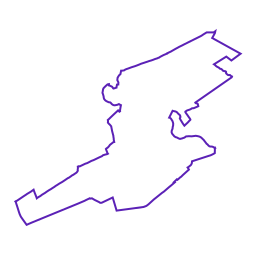 Gradinari, Giurgiu, Romania
{"feature_id": "2599482B26302883103765", "entity_name": "Gradinari", "entity_type": "district", "adm_level": 2, "iso_a3": "ROU", "parent_name": "Romania", "parent_adm1": "Giurgiu", "projection": "albers", "projection_center": [25.804, 44.394], "detail": "fine", "context": "isolated", "style": "outline", "palette": "violet", "viewbox_px": 256, "rotation_deg": 0, "n_neighbors": 0, "source": "geoboundaries", "source_scale": "gbopen_adm2", "svg_char_len": 5778}
<svg xmlns="http://www.w3.org/2000/svg" viewBox="0 0 256 256"><path d="M26.6,224.8L31.7,222.6L48.5,215.7L77.8,203.7L84.6,200.8L85.9,200.1L89.7,198.3L89.9,198.6L90.9,198.6L91.9,198.3L92.9,198.9L94.6,199.9L99.1,202.1L99.7,202.5L100.2,202.8L101.2,202.8L101.8,202.7L112.7,197.5L116.6,210.6L143.4,207.0L146.4,205.9L148.4,204.4L153.9,199.4L155.8,197.9L162.0,192.9L163.9,191.6L169.9,186.4L170.0,186.4L174.6,182.5L173.9,182.2L174.9,181.2L176.9,179.3L177.4,179.8L178.2,179.2L179.7,177.8L180.4,177.2L181.1,176.8L182.9,175.0L188.9,169.6L188.3,168.5L187.6,167.5L188.6,166.9L190.2,165.6L190.8,165.1L191.1,164.7L191.3,164.3L191.6,163.8L191.8,163.2L191.9,162.7L191.9,162.3L192.0,161.7L192.0,161.3L208.3,156.0L210.6,155.3L212.5,154.4L214.0,153.6L214.8,153.1L214.9,147.7L215.0,147.7L214.9,147.5L214.3,147.7L213.9,147.5L213.2,147.0L212.5,146.7L211.1,146.5L210.2,146.5L209.4,146.3L208.4,145.5L207.4,144.3L206.7,143.9L205.5,142.3L204.1,140.5L203.7,139.9L203.1,139.4L202.5,138.8L201.8,138.1L200.7,137.2L199.5,136.6L198.0,136.2L196.9,136.0L195.8,135.8L191.9,136.3L191.2,136.3L188.8,136.2L187.8,136.3L187.1,136.3L186.4,136.4L185.7,136.6L185.2,137.1L184.2,137.7L182.9,138.1L181.9,138.5L180.7,138.7L180.3,138.9L179.9,138.9L178.6,138.4L176.9,137.5L176.6,137.4L176.0,137.2L175.7,137.2L174.3,136.3L173.5,135.3L172.7,134.4L172.3,133.9L171.9,133.1L171.6,132.3L171.7,130.9L171.9,130.2L172.3,129.4L172.6,128.3L172.7,127.0L173.1,125.6L173.2,123.5L172.9,122.3L172.3,120.7L171.7,119.9L171.3,119.2L170.8,118.5L170.2,118.0L169.8,117.7L169.2,117.6L172.6,110.8L173.2,111.0L174.2,111.2L175.6,111.5L176.2,111.8L176.5,112.0L176.9,112.2L177.2,112.5L177.5,112.9L178.0,113.5L178.4,113.8L178.8,114.2L179.7,115.0L180.1,115.4L180.2,115.9L180.3,116.2L180.2,116.4L180.3,116.7L180.4,116.9L180.4,117.1L180.3,117.4L180.0,117.9L179.9,118.1L179.8,118.3L179.9,118.6L180.5,119.7L181.3,121.0L182.4,122.8L183.0,123.8L183.2,124.0L183.4,124.3L183.6,124.6L184.0,125.2L184.4,125.7L186.6,123.6L187.6,122.7L188.1,122.1L188.4,121.9L189.0,121.1L190.1,120.1L190.3,119.9L190.4,119.7L190.1,118.9L188.8,117.1L187.0,114.5L186.4,113.7L186.1,113.3L185.3,112.0L185.3,111.8L185.4,111.7L185.5,111.5L186.0,111.2L186.3,111.0L186.7,110.7L187.0,110.5L187.6,110.3L188.1,110.1L189.1,109.8L190.2,109.4L191.1,108.9L192.0,108.3L193.7,108.2L197.0,106.8L198.3,106.2L198.2,105.7L198.0,104.8L197.9,104.4L197.6,103.7L197.3,103.6L196.7,103.4L196.2,103.3L195.9,103.2L195.7,103.1L195.4,102.8L195.3,102.6L196.6,101.7L231.7,77.3L232.0,76.5L231.0,76.0L229.9,75.0L228.8,75.1L228.0,75.0L226.6,73.9L226.0,73.0L226.1,72.2L226.1,71.9L225.9,71.6L225.5,71.3L224.7,71.1L224.4,71.2L223.8,71.0L222.8,70.6L222.5,70.1L221.6,69.2L221.0,68.9L220.3,68.8L219.8,68.6L218.9,67.7L218.2,67.3L217.7,67.1L216.8,66.6L216.0,66.0L215.0,65.0L214.0,64.3L226.3,56.6L231.4,60.5L240.6,53.7L212.2,38.0L214.9,33.1L215.3,31.2L213.7,32.4L209.3,32.4L206.7,32.4L206.0,32.8L205.2,33.3L203.4,34.4L202.4,35.1L201.8,35.5L200.6,36.2L190.7,41.1L183.3,44.8L182.6,45.2L179.1,46.9L177.7,47.7L176.2,48.5L175.8,48.7L173.9,49.8L171.8,51.0L170.8,51.6L168.6,52.6L167.9,53.0L167.6,53.3L167.3,53.5L167.1,53.3L166.9,53.4L166.6,53.7L166.1,54.0L163.7,55.0L162.7,55.5L160.6,56.6L159.9,57.0L159.1,57.6L158.8,57.7L158.3,57.8L157.4,58.3L156.7,58.5L155.8,58.8L155.1,59.0L152.6,60.0L151.9,60.2L151.7,60.3L151.1,60.5L150.0,60.8L148.4,61.3L147.7,61.6L147.0,61.8L146.4,62.0L144.0,62.8L140.9,63.8L139.6,64.4L136.8,65.5L135.2,66.1L131.7,67.2L127.9,68.6L126.4,69.1L125.7,69.4L125.0,69.7L124.3,70.3L123.9,70.4L122.6,70.6L121.9,70.7L121.1,70.7L120.7,72.7L120.4,74.2L119.0,75.4L117.6,77.7L117.3,80.1L118.1,81.8L118.4,82.4L118.3,84.5L117.0,84.6L116.6,86.5L116.5,87.6L115.7,87.8L114.8,88.2L113.6,88.5L113.4,88.5L113.1,88.2L112.7,87.5L112.2,86.9L111.5,86.4L110.4,86.0L109.6,85.5L108.9,85.4L108.9,84.1L107.5,84.4L105.6,86.1L103.6,88.1L103.5,88.3L103.4,88.6L103.1,89.1L102.6,92.2L102.5,92.5L102.5,93.0L102.8,93.7L103.0,94.2L103.4,95.7L103.6,96.3L103.7,97.4L103.8,97.9L103.9,98.3L104.1,98.9L104.4,99.3L105.1,100.2L105.5,100.5L105.9,100.8L106.3,101.1L108.6,102.2L109.2,102.3L110.1,102.4L110.4,102.5L110.6,102.7L111.4,103.6L111.8,104.1L112.7,104.7L113.2,105.0L113.5,105.1L114.5,105.3L115.3,105.2L115.9,105.1L116.3,105.0L117.3,104.8L117.7,104.7L118.5,104.2L118.8,104.1L119.0,104.1L119.8,104.7L120.0,104.7L120.3,104.9L120.6,105.1L120.7,105.3L120.9,105.3L120.7,106.3L120.5,107.3L120.0,110.5L120.1,111.2L119.4,111.7L118.1,110.4L117.8,110.7L116.9,111.5L114.3,113.9L110.4,117.6L109.9,118.1L109.0,119.0L107.8,120.0L108.0,120.9L108.0,121.5L107.9,122.6L109.0,123.9L109.8,124.6L110.8,125.8L111.2,126.3L111.6,128.4L112.1,131.0L113.0,134.5L113.1,134.9L113.3,135.5L113.4,136.3L113.4,136.8L113.5,137.3L113.7,138.4L113.7,139.2L113.8,139.9L114.2,142.0L113.4,142.1L111.7,143.5L110.9,144.1L110.0,144.8L109.5,145.5L109.4,145.7L108.5,146.8L107.5,147.8L106.6,148.3L106.0,148.9L105.9,149.0L107.5,153.2L107.9,153.7L107.2,154.1L105.1,154.6L103.1,155.2L101.9,156.2L99.4,157.3L93.6,160.1L91.4,160.9L90.1,161.6L87.2,163.1L85.3,163.7L80.3,166.1L80.0,166.3L79.3,166.4L78.9,166.2L77.8,166.6L77.9,167.6L77.9,167.9L77.9,168.3L77.7,169.6L77.7,170.1L77.7,170.5L77.8,170.7L77.4,171.5L76.5,172.6L75.8,173.1L74.1,174.2L73.5,174.7L72.2,175.3L70.9,176.3L70.3,176.7L69.0,177.6L68.5,177.9L67.9,178.1L65.3,179.9L62.3,181.9L59.3,183.6L57.0,185.1L56.0,185.7L55.5,186.0L54.5,186.8L54.0,187.1L51.8,188.5L51.1,189.0L49.0,190.2L47.0,191.5L46.0,192.2L45.2,192.8L41.9,194.8L40.4,196.0L38.6,197.0L37.4,197.8L36.8,198.3L36.5,197.4L35.1,193.8L34.8,193.1L34.1,191.2L33.6,189.7L30.8,191.7L27.8,193.5L27.1,193.9L26.3,194.5L23.7,196.2L20.3,198.5L16.7,200.9L15.8,201.2L15.6,201.3L15.4,201.5L15.6,201.7L15.7,201.9L16.1,203.0L16.4,204.1L16.8,205.2L18.1,209.3L18.9,211.9L19.7,214.2L19.9,214.6L20.3,215.5L20.7,216.4L21.2,217.2L22.6,219.2L25.4,223.1L26.6,224.8Z" fill="none" stroke="#5b21b6" stroke-width="2"/></svg>